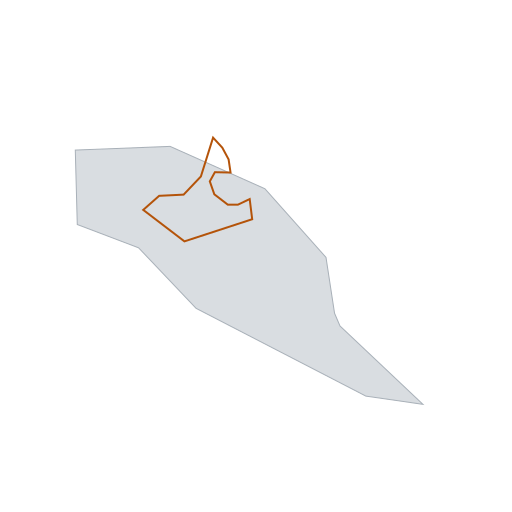 Ngatpang on a map of Palau (orthographic projection), rotated 108°
{"feature_id": "PLW-5254", "entity_name": "Ngatpang", "entity_type": "state/province", "adm_level": 1, "iso_a3": "PLW", "parent_name": "Palau", "parent_adm1": "", "projection": "orthographic", "projection_center": [134.527, 7.478], "detail": "fine", "context": "in_parent", "style": "outline", "palette": "amber", "viewbox_px": 512, "rotation_deg": 108, "n_neighbors": 0, "source": "natural_earth", "source_scale": "10m", "svg_char_len": 575}
<svg xmlns="http://www.w3.org/2000/svg" viewBox="0 0 512 512"><g transform="rotate(108 256 256)"><path d="M281.3,435.7L211.1,460.6L178.3,371.6L189.3,268.3L235.7,189.0L286.2,163.6L296.6,154.5L345.5,51.4L355.3,108.2L324.3,296.8L284.5,370.2L281.3,435.7Z" fill="#d9dde1" stroke="#a8b0b8" stroke-width="1"/><path d="M156.7,333.4L163.4,321.5L172.6,311.9L184.5,306.0L189.0,321.0L199.3,323.0L210.2,314.7L215.9,298.7L212.8,289.1L203.8,279.6L222.2,271.0L264.2,328.6L247.0,377.5L228.7,366.7L220.0,343.8L197.4,333.0L156.7,333.4Z" fill="none" stroke="#b45309" stroke-width="2"/></g></svg>